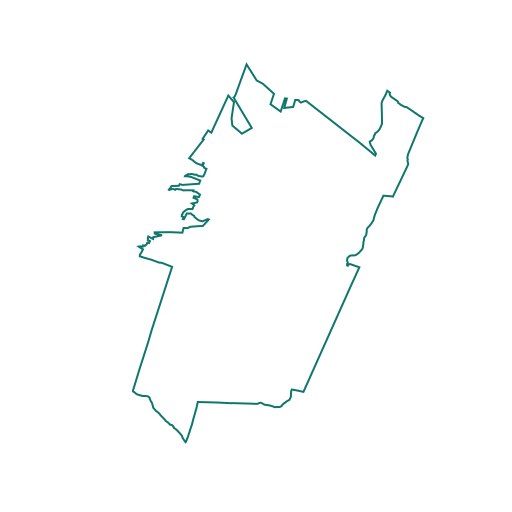 Negrilesti, Galati, Romania, rotated 109°
{"feature_id": "2599482B95642529629625", "entity_name": "Negrilesti", "entity_type": "district", "adm_level": 2, "iso_a3": "ROU", "parent_name": "Romania", "parent_adm1": "Galati", "projection": "mercator", "projection_center": [27.515, 45.952], "detail": "fine", "context": "isolated", "style": "outline", "palette": "teal", "viewbox_px": 512, "rotation_deg": 109, "n_neighbors": 0, "source": "geoboundaries", "source_scale": "gbopen_adm2", "svg_char_len": 6106}
<svg xmlns="http://www.w3.org/2000/svg" viewBox="0 0 512 512"><g transform="rotate(109 256 256)"><path d="M423.7,328.5L424.0,328.1L424.3,327.7L424.3,327.0L424.5,326.4L424.7,325.8L424.9,325.4L425.1,325.0L425.2,324.7L425.5,323.6L425.5,322.7L425.5,322.1L425.5,321.6L425.4,320.8L425.6,320.1L425.3,319.7L425.2,319.2L425.3,318.7L425.4,318.0L425.1,317.0L424.9,316.1L424.7,315.7L424.4,315.2L424.2,314.1L424.0,313.2L424.0,312.1L424.2,311.6L424.3,311.0L424.6,310.5L425.6,310.0L426.0,309.5L426.6,309.0L427.1,308.6L427.8,307.9L427.9,307.6L428.1,307.3L428.4,306.9L430.5,305.3L431.1,305.0L431.6,304.5L431.9,304.3L432.3,304.2L433.1,303.5L433.3,303.1L433.5,302.6L434.2,301.7L434.5,300.9L434.9,300.4L435.0,300.1L435.2,299.8L435.4,298.8L436.0,297.2L436.2,296.7L436.4,296.3L437.1,295.2L437.8,294.2L437.9,293.9L438.5,292.7L438.8,292.0L439.0,291.6L439.3,291.1L439.5,290.6L439.8,290.2L440.4,289.0L440.7,288.6L440.9,288.3L441.2,287.9L441.4,287.6L441.6,286.7L441.7,286.3L441.8,285.9L442.0,285.2L443.5,282.2L443.3,281.5L443.2,280.5L443.4,280.0L443.5,279.7L443.7,279.3L444.0,279.0L444.2,278.7L444.5,278.5L444.6,278.2L444.7,277.9L445.1,277.8L445.3,277.6L445.5,276.9L445.7,275.8L446.5,274.0L447.8,271.4L448.5,270.2L449.6,268.2L450.2,267.4L450.8,266.9L451.6,266.5L452.5,265.3L452.8,265.0L453.0,264.8L453.4,264.2L455.0,262.0L454.6,261.8L454.1,261.7L453.4,261.7L452.5,261.7L451.4,261.7L449.7,261.5L446.7,261.6L443.8,261.6L442.3,261.7L440.9,261.7L439.6,261.7L438.4,261.7L437.1,261.7L436.0,261.7L435.1,261.8L433.0,262.0L431.5,262.1L430.0,262.2L427.6,262.3L426.3,262.4L422.5,262.6L421.7,262.7L421.0,262.7L420.0,262.7L413.0,263.5L408.2,248.3L406.9,244.1L403.4,231.9L402.6,229.9L402.5,229.5L396.8,211.3L395.7,207.5L395.3,206.5L394.9,206.0L394.3,205.5L393.3,204.1L393.2,203.5L393.3,202.1L393.5,201.2L393.7,199.9L393.8,199.4L393.5,197.9L393.1,196.2L392.9,194.4L392.8,193.2L392.8,192.4L392.7,191.5L392.7,190.6L392.9,189.6L392.8,189.0L392.6,188.4L392.3,187.6L391.8,186.6L391.4,185.2L391.1,184.4L390.5,183.9L390.0,183.4L389.4,182.9L388.5,182.8L387.5,182.3L386.1,181.5L385.6,181.3L385.1,180.5L384.0,180.1L382.9,179.2L382.3,178.6L381.4,177.8L380.9,177.5L380.3,177.5L379.3,177.3L377.9,177.2L377.1,177.4L376.6,177.5L376.1,177.7L374.0,178.4L372.9,178.6L372.0,178.8L371.4,178.6L370.6,178.6L370.1,175.5L369.8,173.5L369.4,170.2L369.2,168.3L369.0,166.9L253.7,156.6L233.0,154.6L233.0,164.6L234.4,166.1L235.3,166.1L235.2,166.8L233.8,167.3L233.0,166.9L232.9,166.9L232.6,166.9L232.3,167.1L231.4,167.9L231.0,168.2L230.8,168.4L230.2,168.5L229.5,168.7L229.1,168.8L228.7,168.8L228.1,168.8L227.8,168.7L225.9,167.7L225.3,167.4L225.2,167.2L224.7,166.5L223.8,164.4L223.5,163.3L223.0,162.5L222.0,161.4L219.6,159.8L215.7,158.1L215.1,157.9L214.5,157.8L213.7,157.7L213.3,157.7L212.5,157.9L212.0,158.1L211.6,158.2L211.3,158.2L210.9,158.2L210.4,158.2L210.1,158.3L208.0,158.9L207.7,159.0L206.7,159.0L205.9,159.1L205.4,159.2L204.5,159.4L203.8,159.6L203.4,159.6L203.2,159.5L202.4,159.3L201.7,159.0L200.9,158.8L200.1,158.7L199.8,158.7L199.3,158.8L198.9,158.9L198.3,159.0L198.1,159.1L197.7,159.1L197.0,159.1L196.5,159.4L195.9,159.7L195.2,159.9L194.5,159.9L193.6,159.8L193.1,159.7L191.8,159.1L190.3,158.3L189.4,158.1L187.7,157.5L186.0,157.1L185.1,156.8L184.0,156.6L183.2,156.7L180.9,156.9L179.9,156.9L178.8,157.0L176.6,156.9L170.7,156.6L170.0,156.5L160.7,155.5L159.0,155.3L157.5,155.2L155.4,147.0L155.3,145.9L121.7,142.1L119.4,142.0L117.6,143.2L116.3,143.9L115.2,143.9L114.5,144.5L113.5,145.0L112.0,145.1L110.9,145.4L87.0,144.0L73.6,143.0L71.2,142.7L70.1,147.8L66.2,161.8L66.6,164.2L65.8,168.9L65.4,169.5L65.0,171.3L64.2,171.8L63.6,172.4L62.6,176.0L62.0,178.2L61.4,180.2L61.0,180.8L60.5,181.5L59.7,182.2L58.9,182.5L58.5,182.5L58.0,182.4L57.3,184.7L57.0,185.7L60.6,185.9L62.2,186.1L65.8,186.7L68.8,187.1L69.9,187.1L70.9,186.9L73.1,186.1L81.6,182.9L89.9,179.9L93.0,180.1L96.1,180.5L98.3,181.3L99.4,181.9L101.1,183.2L102.8,183.2L103.8,183.6L105.1,183.5L106.0,183.3L106.8,183.3L109.1,184.2L110.8,185.7L112.2,184.9L113.7,183.8L120.2,175.9L122.2,176.0L115.0,195.3L93.0,259.3L93.7,260.2L94.1,260.9L96.3,263.5L95.8,265.2L94.7,266.4L95.6,269.7L103.0,269.4L106.8,277.5L97.1,278.1L97.5,279.9L111.4,279.7L107.8,291.7L96.8,291.8L90.9,305.6L89.8,312.5L77.9,327.3L101.1,327.7L109.4,327.8L112.1,328.1L112.8,328.2L113.4,328.8L136.3,301.7L137.5,302.7L144.9,309.1L140.4,320.8L133.9,323.9L124.9,325.6L117.7,326.9L113.3,334.4L153.9,338.4L152.9,342.1L162.6,344.6L162.9,343.4L185.3,351.0L185.7,348.4L186.2,346.7L186.8,345.4L187.1,344.5L187.6,342.6L187.8,341.0L187.8,338.2L188.0,336.8L185.2,336.3L185.3,335.6L188.1,335.9L188.3,334.9L188.6,334.3L189.2,334.1L189.5,333.4L189.7,332.7L189.6,331.9L189.7,331.2L191.4,331.3L195.2,331.4L197.7,331.8L198.2,332.3L198.5,333.3L199.0,336.1L198.9,337.4L198.5,338.9L199.2,340.7L199.2,342.2L199.3,343.1L199.6,344.0L200.3,345.2L200.7,346.7L200.7,346.9L202.2,348.0L202.8,348.8L203.3,349.1L203.7,349.1L202.8,346.1L202.4,342.8L202.8,333.3L206.2,333.3L210.9,344.4L212.8,348.8L212.9,351.5L214.8,351.9L217.2,358.4L217.9,358.9L219.0,358.9L221.7,360.0L221.9,359.6L220.3,357.8L219.6,356.0L219.7,353.9L218.7,353.5L218.7,353.1L218.4,352.5L217.5,348.3L217.6,345.8L217.1,344.8L216.0,341.7L214.3,336.6L215.2,336.5L214.9,333.3L216.2,329.0L217.2,329.0L218.6,329.0L219.0,329.7L219.6,334.0L221.3,334.0L221.6,329.8L223.1,329.0L224.6,329.2L227.2,333.7L228.2,330.8L230.3,331.3L232.3,331.3L233.7,335.7L235.9,337.6L238.2,338.9L239.6,339.3L240.7,339.1L241.3,339.5L242.8,339.1L242.8,338.2L242.7,336.8L244.9,337.1L244.7,336.1L238.4,335.3L237.0,331.4L238.0,329.1L238.1,327.6L239.2,326.8L240.9,322.0L240.7,317.9L237.3,314.3L236.8,313.4L236.9,312.5L245.0,316.1L246.4,319.9L249.9,327.9L251.9,329.7L253.1,333.6L257.9,333.2L261.3,344.6L266.6,359.5L267.8,359.0L267.0,351.6L271.7,359.3L273.4,358.9L272.6,364.2L274.1,364.1L276.3,363.4L276.4,361.2L278.5,361.3L278.7,362.9L279.3,363.3L280.8,363.2L281.7,364.0L282.7,364.4L282.5,365.1L282.7,366.2L284.0,366.1L284.5,368.6L285.3,370.0L285.8,368.2L286.5,365.0L289.7,365.5L292.8,366.2L294.1,365.8L294.0,360.7L293.6,353.8L293.8,345.6L293.1,342.7L293.6,331.8L360.7,330.5L372.5,329.9L401.0,329.3L423.7,328.5Z" fill="none" stroke="#0f766e" stroke-width="2"/></g></svg>